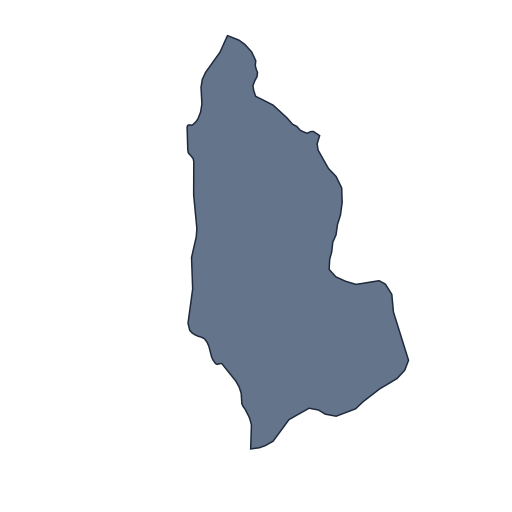 outline of Doukkala - Abda, rotated 319°
{"feature_id": "MAR-1457", "entity_name": "Doukkala - Abda", "entity_type": "Region", "adm_level": 1, "iso_a3": "MAR", "parent_name": "Morocco", "parent_adm1": "", "projection": "natural_earth1", "projection_center": [-8.625, 32.606], "detail": "fine", "context": "isolated", "style": "filled", "palette": "slate", "viewbox_px": 512, "rotation_deg": 319, "n_neighbors": 0, "source": "natural_earth", "source_scale": "10m", "svg_char_len": 1458}
<svg xmlns="http://www.w3.org/2000/svg" viewBox="0 0 512 512"><g transform="rotate(319 256 256)"><path d="M125.4,398.1L141.7,380.5L143.9,376.1L145.2,372.9L147.3,364.3L147.6,360.8L148.5,358.1L154.8,349.8L157.3,343.9L158.7,337.2L159.6,315.1L158.9,314.0L155.6,312.3L154.9,310.7L155.3,306.1L156.4,302.8L161.2,293.2L162.5,288.9L162.8,284.6L161.4,281.2L159.9,279.0L158.4,275.9L157.3,272.3L157.2,268.7L160.6,262.1L186.5,239.4L206.4,214.8L223.4,202.4L229.3,196.6L249.1,168.9L271.1,143.8L272.4,141.3L272.6,138.6L272.5,133.9L274.1,131.2L288.6,113.5L290.0,112.7L291.5,113.1L293.2,115.0L294.7,115.5L299.0,115.2L302.1,114.4L308.5,111.1L314.9,105.8L325.1,92.7L331.3,87.5L338.5,84.3L362.4,78.6L379.0,71.0L379.3,71.4L384.8,82.0L386.4,89.2L386.6,99.2L383.9,108.5L380.5,111.7L378.6,115.3L377.6,118.4L374.5,121.3L370.0,123.0L365.3,125.5L362.7,129.9L360.5,135.2L367.9,153.3L370.0,172.4L370.0,180.4L371.8,185.0L371.8,189.8L373.2,193.3L375.2,197.0L378.7,197.9L381.0,199.6L383.0,206.9L375.7,211.5L372.3,216.9L368.1,237.5L368.6,248.6L365.3,260.9L356.2,272.1L346.5,280.6L338.3,285.6L330.2,292.6L323.1,295.9L315.8,302.6L309.5,306.8L302.4,314.1L302.6,324.1L307.0,333.8L312.8,343.0L332.7,355.4L335.2,362.1L333.3,374.1L323.0,388.4L302.7,434.8L293.3,439.8L282.0,441.0L262.0,437.4L241.0,436.2L231.0,436.7L211.4,429.5L204.5,420.8L202.1,413.2L196.2,405.7L173.6,401.1L147.4,407.0L138.6,405.2L132.7,402.9L126.0,398.5L125.4,398.1Z" fill="#64748b" stroke="#1e293b" stroke-width="1.5"/></g></svg>